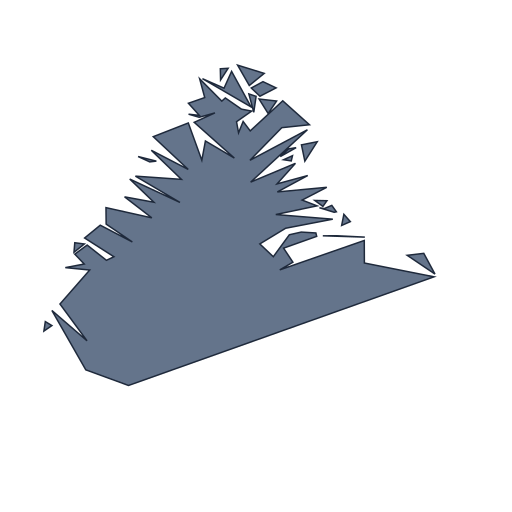 outline of Kommune Kujalleq, rotated 203°
{"feature_id": "GRL-2740", "entity_name": "Kommune Kujalleq", "entity_type": "state/province", "adm_level": 1, "iso_a3": "GRL", "parent_name": "Greenland", "parent_adm1": "", "projection": "orthographic", "projection_center": [-44.745, 61.276], "detail": "medium", "context": "isolated", "style": "filled", "palette": "slate", "viewbox_px": 512, "rotation_deg": 203, "n_neighbors": 0, "source": "natural_earth", "source_scale": "10m", "svg_char_len": 1958}
<svg xmlns="http://www.w3.org/2000/svg" viewBox="0 0 512 512"><g transform="rotate(203 256 256)"><path d="M368.2,84.7L422.6,126.1L378.4,111.9L417.7,135.2L403.6,178.1L427.0,170.8L411.0,181.5L423.5,186.9L415.7,200.1L392.0,193.6L386.5,199.8L420.8,205.6L411.4,223.5L375.3,220.6L406.4,226.8L413.0,241.9L366.8,250.4L400.1,259.1L371.0,265.6L402.3,277.5L346.9,275.6L398.2,282.4L354.6,297.4L393.7,312.4L352.2,309.2L397.2,325.7L370.3,352.0L343.3,323.0L347.5,342.1L314.2,337.7L365.1,354.9L349.7,371.7L362.5,361.5L373.5,360.2L363.1,363.3L377.9,370.2L365.1,381.8L377.1,397.1L348.0,385.2L346.0,389.5L326.8,385.5L316.6,387.7L326.4,372.0L320.2,362.6L320.4,374.8L310.2,368.9L292.0,409.3L258.1,397.7L282.4,384.2L299.0,341.7L258.0,392.3L289.8,321.9L255.9,356.7L264.8,330.6L239.8,350.3L261.4,323.3L217.7,346.9L235.4,325.5L219.4,326.0L254.0,301.9L199.7,319.9L239.6,293.1L257.2,268.6L239.8,262.1L233.6,288.6L223.7,295.7L209.9,300.6L207.8,297.8L233.7,274.0L219.6,264.7L228.7,252.5L162.4,312.6L153.5,291.9L84.0,306.4L322.8,87.0L368.2,84.7ZM374.6,398.3L351.0,398.0L350.6,416.4L318.8,391.3L374.6,398.3ZM328.8,410.3L347.5,424.5L319.8,427.3L328.8,410.3ZM84.2,309.3L117.1,315.7L102.6,324.0L84.2,309.3ZM189.3,306.3L163.2,315.9L202.4,300.7L189.3,306.3ZM248.1,362.4L257.6,376.1L244.3,385.1L248.1,362.4ZM314.5,401.7L297.6,406.7L300.5,391.9L314.5,401.7ZM326.0,408.8L317.7,419.2L303.2,418.6L314.8,404.6L326.0,408.8ZM189.1,317.6L191.4,328.7L182.6,324.5L189.1,317.6ZM357.4,404.2L362.0,414.4L355.0,417.9L357.4,404.2ZM416.7,112.2L421.9,104.0L424.3,113.3L416.7,112.2ZM318.3,403.0L314.2,387.4L325.9,402.4L318.3,403.0ZM390.6,301.1L403.4,301.5L384.8,304.4L390.6,301.1ZM425.0,188.3L428.0,197.4L418.7,200.0L425.0,188.3ZM212.3,334.6L213.8,327.8L223.6,330.1L212.3,334.6ZM216.5,325.2L211.8,326.2L206.0,332.2L199.3,328.1L201.1,326.8L216.5,325.2ZM261.4,371.4L272.5,357.0L267.8,367.4L261.4,371.4ZM268.2,355.4L261.6,362.6L260.7,357.3L268.2,355.4Z" fill="#64748b" stroke="#1e293b" stroke-width="1.5"/></g></svg>